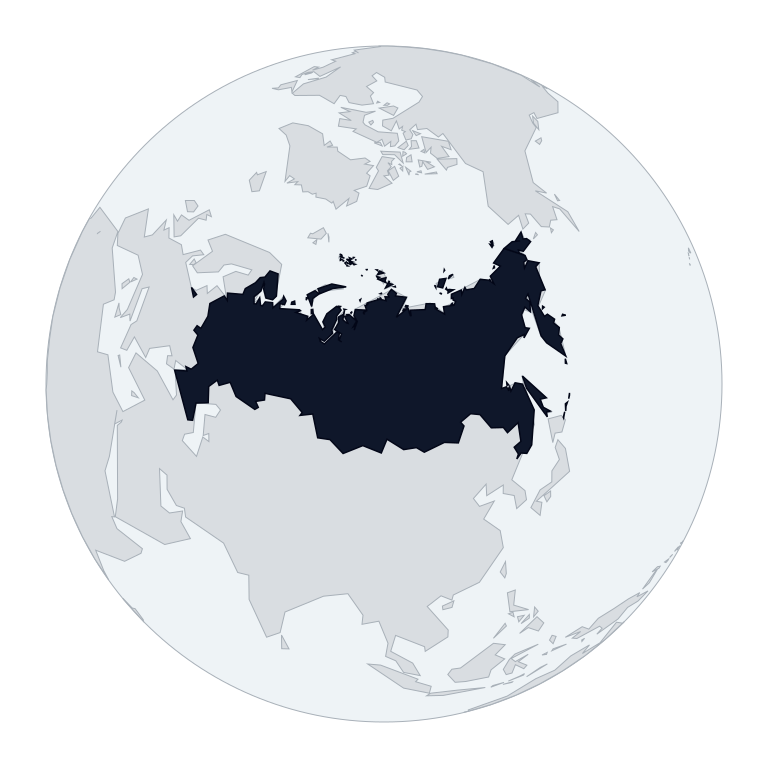 Russia on an orthographic globe
{"feature_id": "RUS", "entity_name": "Russia", "entity_type": "country or territory", "adm_level": 0, "iso_a3": "RUS", "parent_name": "Europe", "parent_adm1": "", "projection": "orthographic", "projection_center": [98.07, 61.527], "detail": "fine", "context": "on_globe", "style": "filled", "palette": "ink", "viewbox_px": 768, "rotation_deg": 0, "n_neighbors": 0, "source": "natural_earth", "source_scale": "50m", "svg_char_len": 17943}
<svg xmlns="http://www.w3.org/2000/svg" viewBox="0 0 768 768"><circle cx="384" cy="384" r="338" fill="#eef3f6" stroke="#a8b0b8"/><path d="M521.4,75.3L539.8,87.0L531.0,79.7L539.5,84.0L547.5,88.8L542.3,86.3L547.9,93.1L557.9,101.7L558.0,112.7L537.0,118.5L533.9,112.6L529.2,115.1L532.7,123.0L536.2,127.6L524.9,150.9L533.2,182.6L546.6,193.1L535.3,190.8L567.8,211.7L579.2,231.5L559.7,208.9L552.6,206.6L557.0,219.7L550.7,220.2L549.3,227.0L541.3,226.6L530.5,214.1L525.2,213.8L528.7,223.1L522.9,229.1L518.6,215.3L508.1,224.4L488.2,206.2L483.1,171.7L465.5,163.5L442.9,133.5L438.4,137.0L426.9,128.5L417.5,129.6L416.0,124.2L409.7,129.8L412.9,134.6L411.2,138.8L405.9,140.0L403.1,133.2L405.3,131.6L401.7,130.2L402.6,126.4L399.2,129.0L396.4,120.9L391.3,130.8L382.5,125.9L382.8,120.1L393.0,118.3L419.0,102.1L422.5,96.5L417.0,90.0L385.2,82.0L384.7,77.3L376.5,72.5L372.1,75.8L376.8,80.9L366.5,86.5L373.6,92.6L370.4,96.0L373.5,103.7L362.0,105.1L349.1,102.6L345.9,96.5L340.1,95.4L334.1,103.7L319.5,95.3L294.9,95.5L292.3,93.3L303.4,83.9L326.1,77.1L340.6,66.9L319.9,76.4L313.9,71.7L308.2,72.3L302.0,74.5L299.9,77.6L295.5,76.8L314.2,66.6L318.5,67.1L312.5,70.2L323.1,67.2L335.7,61.2L331.6,59.8L354.9,53.7L352.3,52.8L355.9,51.3L358.5,53.0L354.3,50.1L381.0,46.5L378.5,46.1L387.7,46.1L393.1,46.3L406.7,47.1L423.0,48.5L422.4,48.3L444.6,51.7L461.8,55.2L492.0,63.8L521.4,75.3ZM690.9,253.2L688.6,251.1L688.4,247.8L690.9,253.2ZM688.2,253.0L688.8,253.0L688.6,253.6L688.2,253.0ZM688.7,255.5L688.4,253.7L689.1,256.1L688.7,255.5ZM689.7,259.4L689.1,257.2L689.3,257.6L689.7,259.4ZM690.2,264.5L690.2,265.6L689.3,263.3L690.2,264.5ZM538.8,129.7L533.5,123.1L532.6,116.1L537.8,121.4L538.8,129.7ZM539.6,144.4L535.3,141.1L541.0,137.8L541.7,140.7L539.6,144.4ZM557.6,200.8L554.4,194.1L559.6,200.5L557.6,200.8ZM550.5,228.0L553.4,229.9L551.4,232.7L550.5,228.0ZM379.7,102.4L376.7,103.0L377.6,101.2L379.7,102.4ZM383.9,105.3L387.1,102.8L389.6,103.9L387.5,105.3L383.9,105.3ZM537.4,234.8L533.3,239.0L535.6,232.5L537.4,234.8ZM379.2,108.1L393.6,106.0L397.9,108.0L393.6,115.4L379.2,108.1ZM529.7,240.0L519.9,250.8L525.5,255.7L504.1,248.6L519.5,241.5L521.5,232.6L524.5,238.8L529.7,240.0ZM416.2,135.6L412.6,130.6L420.5,133.7L416.2,135.6ZM421.7,136.7L448.4,141.3L451.1,149.7L441.6,146.3L449.0,156.6L437.2,158.4L430.5,153.1L431.1,147.2L426.1,152.5L421.7,136.7ZM493.8,243.2L489.9,244.2L492.0,240.8L493.8,243.2ZM411.1,140.7L416.3,140.7L419.0,148.0L409.2,149.3L411.5,146.5L411.1,140.7ZM456.8,158.6L457.0,164.4L447.5,167.4L446.4,170.1L437.2,159.2L456.8,158.6ZM408.2,145.5L404.1,149.8L398.0,147.6L406.3,141.2L408.2,145.5ZM423.9,149.4L424.7,152.9L421.0,151.3L423.9,149.4ZM374.1,142.8L380.2,142.3L382.2,146.0L374.1,142.8ZM403.0,151.6L405.1,152.3L406.6,153.8L402.7,156.2L403.0,151.6ZM431.1,162.2L427.1,162.3L434.4,166.8L427.6,169.4L422.7,161.7L421.9,166.2L419.8,167.0L418.2,159.9L431.1,162.2ZM403.2,163.1L394.6,154.7L382.8,154.6L380.8,151.2L400.1,152.1L403.2,163.1ZM412.1,161.8L406.1,161.8L406.6,157.5L411.0,154.8L412.1,161.8ZM424.7,174.1L436.4,172.0L437.1,173.7L424.7,174.1ZM399.7,163.9L401.8,165.9L398.8,164.4L399.7,163.9ZM416.9,171.8L421.0,170.8L421.6,172.8L416.9,171.8ZM402.7,171.0L400.0,168.2L402.9,166.2L402.7,171.0ZM409.2,172.1L409.1,175.2L405.6,167.2L410.9,171.2L409.2,172.1ZM416.9,173.9L418.6,174.8L415.1,174.1L416.9,173.9ZM393.3,180.4L388.2,170.8L394.6,166.4L398.7,176.2L393.3,180.4ZM82.2,231.9L89.5,218.5L91.1,218.1L99.9,207.3L117.9,231.5L112.2,248.0L115.5,292.2L114.1,299.8L103.4,304.2L97.5,351.8L107.9,354.8L112.9,392.1L122.9,411.6L144.8,400.1L128.6,367.6L136.0,352.9L157.3,371.0L173.0,399.8L176.5,395.1L175.1,369.7L187.5,369.7L175.7,360.5L174.0,369.1L166.5,363.8L167.6,355.7L172.0,355.8L169.7,345.7L149.6,348.4L145.7,357.5L134.4,336.9L126.8,350.3L120.6,347.9L131.1,324.5L136.8,320.9L149.1,287.0L142.1,288.7L130.0,321.1L129.8,314.1L120.3,317.6L127.4,309.4L142.5,274.4L138.1,255.2L117.3,245.5L117.9,233.5L125.4,218.0L148.4,208.9L144.3,237.0L152.4,234.9L166.3,220.0L163.9,230.1L169.1,227.7L168.9,238.0L181.4,244.7L183.1,254.6L200.5,250.1L203.8,254.7L192.5,255.9L185.7,262.4L191.4,287.7L196.2,290.4L207.0,285.6L207.3,293.5L217.0,285.7L226.4,297.7L223.1,276.8L235.8,271.4L248.2,275.1L251.8,269.8L231.5,263.9L224.0,265.0L218.4,271.9L197.3,272.8L192.6,265.8L212.5,251.3L208.0,240.0L225.4,234.3L269.6,252.5L281.7,264.4L275.3,297.2L265.3,297.8L262.6,286.1L253.7,302.7L259.9,298.6L260.1,305.4L272.2,302.6L272.9,307.4L283.3,296.9L285.6,302.4L278.9,309.0L298.8,310.4L306.8,320.8L310.9,318.9L313.1,313.9L321.8,330.9L324.5,328.8L322.7,322.4L326.8,314.1L337.5,306.3L339.9,312.6L336.4,316.3L332.6,333.7L322.8,343.0L324.9,344.8L334.0,338.4L338.6,316.9L344.4,310.5L343.6,320.7L344.3,316.5L348.0,315.3L353.8,320.2L355.3,309.1L391.9,289.5L406.9,297.6L402.1,308.4L430.2,303.0L444.9,313.6L443.2,307.5L455.5,301.5L451.1,298.1L451.2,294.7L480.8,279.1L489.6,280.7L500.4,268.1L499.6,265.1L493.6,263.1L504.1,248.6L525.5,255.7L526.4,262.0L539.2,262.6L539.4,277.3L545.5,290.1L538.3,306.6L543.8,315.7L548.2,314.9L558.9,327.1L565.7,355.8L540.8,335.9L526.7,295.8L530.8,312.2L524.1,309.7L522.0,316.4L525.3,328.2L529.3,328.7L505.0,355.5L501.6,389.4L515.9,382.9L525.9,389.0L534.5,424.4L511.8,479.8L525.0,490.6L526.5,499.7L516.7,508.6L514.2,495.5L503.2,493.5L503.3,485.0L486.7,495.7L486.1,484.1L473.4,498.5L479.5,506.4L494.3,501.0L483.7,519.1L500.2,530.6L503.3,547.6L479.4,582.3L453.3,595.0L451.9,600.1L441.0,595.8L427.2,606.5L448.2,630.0L447.9,636.9L425.2,651.4L424.6,646.7L395.6,635.4L390.7,651.3L412.7,663.1L420.2,675.6L403.6,672.4L395.8,660.8L385.6,656.4L388.0,643.2L378.9,621.2L362.0,624.3L363.0,615.2L347.9,593.7L323.5,596.2L285.0,612.0L280.1,632.6L266.6,637.2L249.1,599.4L248.8,575.2L237.7,572.5L223.6,543.1L185.6,517.0L184.4,508.2L176.4,505.5L167.1,489.3L167.0,475.1L159.5,468.6L160.9,506.0L169.5,513.0L182.6,511.0L180.9,521.6L190.4,538.6L164.7,544.5L115.3,516.7L117.6,498.9L117.3,425.4L121.3,422.1L121.6,421.4L122.1,420.1L114.6,424.0L117.0,410.1L109.4,456.3L105.0,470.8L114.5,516.9L111.8,516.6L117.0,528.7L142.4,548.7L141.0,553.3L124.6,561.3L95.7,550.2L103.7,570.5L108.7,579.9L94.7,558.7L82.4,536.5L71.8,513.4L63.0,489.6L56.0,465.2L50.8,440.4L47.5,415.2L46.1,389.9L46.7,384.3L47.3,372.8L47.3,360.8L48.8,347.1L49.6,338.8L52.8,316.8L60.1,287.7L69.9,259.3L82.2,231.9ZM100.5,231.3L97.4,233.4L97.4,233.5L100.5,231.3ZM182.3,440.6L196.5,456.4L202.8,437.0L208.9,441.6L208.8,433.5L203.2,435.5L205.0,414.5L215.7,417.3L220.5,410.0L215.9,404.4L196.0,402.8L193.3,432.5L184.6,434.2L182.3,440.6ZM312.8,72.3L311.2,73.1L304.7,74.8L307.3,73.0L312.8,72.3ZM278.4,89.8L272.0,88.3L278.4,87.9L280.8,84.8L297.3,80.5L291.9,92.1L291.4,87.4L278.4,89.8ZM317.7,78.7L307.9,79.6L318.8,78.1L317.7,78.7ZM198.0,206.0L193.6,211.9L187.5,211.7L185.4,200.5L194.3,200.5L198.0,206.0ZM189.0,220.3L209.3,209.8L211.4,216.7L206.8,214.5L206.1,220.2L198.5,218.2L180.7,235.8L174.1,236.9L173.8,214.8L177.5,221.2L181.5,214.9L189.0,220.3ZM257.4,174.8L266.2,171.6L259.4,190.8L251.9,191.7L249.3,180.2L256.6,172.4L257.4,174.8ZM368.8,122.1L372.7,120.4L373.5,122.2L370.9,125.0L368.8,122.1ZM376.8,142.3L353.0,131.4L356.2,128.9L338.4,126.2L339.8,118.6L351.3,120.5L339.1,112.9L350.0,111.6L340.8,107.3L366.1,112.3L375.5,111.2L364.5,115.3L363.0,122.2L365.1,124.9L378.1,131.8L397.3,133.3L398.8,140.9L394.8,145.9L390.4,146.6L390.8,141.4L384.6,146.2L381.9,139.3L376.8,142.3ZM346.6,206.0L348.9,198.5L336.0,209.2L333.2,201.4L331.8,203.1L325.7,199.0L315.9,197.1L316.1,193.2L312.3,194.2L308.1,191.7L302.8,191.9L301.4,184.9L294.8,184.7L297.8,181.6L286.9,183.1L294.4,178.9L289.7,175.6L285.0,181.4L289.9,145.9L286.2,135.1L279.0,128.5L292.8,122.9L308.3,125.7L322.6,133.8L324.2,145.4L330.1,141.0L332.6,145.3L326.9,147.0L337.2,147.1L337.8,151.2L350.5,159.8L365.1,158.0L370.1,161.4L364.7,164.1L373.5,165.6L366.6,173.2L370.1,175.8L366.7,186.2L354.2,190.4L359.0,193.1L356.7,201.4L346.6,206.0ZM392.0,183.2L377.7,189.5L369.1,188.4L378.5,170.9L376.3,167.4L382.1,156.6L394.4,158.5L391.6,161.3L391.8,164.6L387.9,162.7L391.2,166.7L387.4,170.8L389.0,175.1L383.9,175.9L392.0,183.2ZM119.0,302.9L119.1,307.9L120.8,314.6L114.8,317.1L119.0,302.9ZM128.8,278.8L129.8,282.3L122.1,288.7L122.0,283.7L128.8,278.8ZM137.0,279.1L130.5,282.0L133.9,277.5L137.0,279.1ZM194.2,259.0L196.1,262.7L193.8,264.6L189.7,264.4L194.2,259.0ZM307.8,237.8L310.5,233.2L312.7,233.8L323.4,227.7L326.3,233.3L321.0,239.1L307.8,237.8ZM138.3,397.8L131.6,395.6L131.8,390.9L134.1,392.6L138.3,397.8ZM119.7,355.0L120.9,367.2L118.1,355.5L119.7,355.0ZM312.9,242.8L316.9,239.6L315.9,244.4L312.9,242.8ZM329.0,237.1L328.9,242.3L327.9,233.3L329.0,237.1ZM123.8,599.7L122.8,598.2L132.2,608.0L135.1,608.7L143.2,619.6L143.5,621.4L123.8,599.7ZM502.9,684.4L512.5,681.8L512.0,682.4L502.9,684.4ZM492.9,685.5L504.0,682.4L490.8,687.2L492.9,685.5ZM508.3,681.1L519.6,676.2L524.5,673.6L523.5,675.1L508.3,681.1ZM485.3,687.5L443.3,695.4L426.6,695.8L430.7,693.2L457.8,690.1L485.3,687.5ZM429.3,693.2L403.6,688.1L367.7,664.0L380.6,665.1L418.0,679.2L415.6,681.7L431.2,686.3L429.3,693.2ZM491.1,669.8L488.6,677.0L465.6,681.5L455.1,682.3L447.8,674.5L451.9,669.2L460.5,668.0L493.5,643.3L505.2,644.7L495.2,654.9L504.7,658.9L491.1,669.8ZM281.5,635.0L289.0,648.9L281.7,648.7L281.5,635.0ZM506.4,626.0L493.4,638.3L505.1,623.3L506.4,626.0ZM513.0,612.3L514.1,616.8L508.5,613.8L513.0,612.3ZM452.0,607.4L442.9,609.7L442.4,606.1L453.9,600.8L452.0,607.4ZM505.5,561.6L506.3,573.5L504.8,577.9L500.2,572.0L505.5,561.6ZM343.9,288.8L325.8,290.8L314.7,296.6L311.5,306.5L308.2,293.8L325.3,284.8L343.9,288.8ZM385.7,288.6L388.4,280.5L392.4,283.7L392.4,286.0L385.7,288.6ZM383.6,283.9L377.2,274.7L382.1,269.9L386.2,278.1L383.6,283.9ZM344.4,258.0L338.8,258.1L339.7,254.1L344.4,258.0ZM465.7,711.9L463.9,712.2L468.3,711.2L468.3,709.9L507.2,696.1L535.8,678.7L554.8,670.2L570.8,655.9L589.5,644.9L582.4,653.5L600.0,642.8L616.5,622.2L622.7,623.2L624.5,621.4L605.2,639.4L584.6,656.0L562.7,670.8L539.7,683.9L515.8,695.2L491.1,704.5L465.7,711.9ZM681.4,543.8L682.8,541.1L683.1,540.7L681.4,543.8ZM526.6,676.7L540.3,667.4L547.4,663.9L526.6,676.7ZM680.1,545.5L677.0,550.4L677.5,549.2L680.1,545.5ZM680.7,543.5L680.6,543.0L681.9,542.2L680.7,543.5ZM675.1,550.5L678.6,546.5L674.6,551.5L675.1,550.5ZM672.7,554.3L669.9,557.4L670.1,556.8L672.7,554.3ZM636.9,596.8L648.0,590.9L638.2,600.9L627.6,607.4L618.0,619.0L596.8,634.2L602.1,628.2L599.6,626.2L576.9,638.5L572.3,638.1L580.7,631.5L565.3,637.3L582.2,626.7L588.8,629.1L598.3,618.3L613.9,608.6L628.6,598.8L639.8,592.6L636.9,596.8ZM581.7,640.0L584.6,638.3L581.9,641.5L581.7,640.0ZM664.5,562.0L668.6,559.0L668.0,560.3L665.9,562.6L664.5,562.0ZM642.5,589.1L654.8,572.1L657.5,569.1L649.3,582.8L642.5,589.1ZM652.1,571.9L657.5,566.7L660.2,566.2L659.0,568.2L652.1,571.9ZM547.2,652.4L546.5,654.4L542.0,655.0L547.2,652.4ZM553.1,648.8L566.5,644.1L551.8,650.8L553.1,648.8ZM511.2,658.5L515.3,661.6L528.2,654.3L518.3,661.7L526.9,665.2L523.8,668.7L515.4,664.7L512.0,673.0L506.2,674.6L503.3,669.4L509.3,659.5L515.0,654.0L538.3,644.2L511.2,658.5ZM553.1,643.7L549.5,640.1L552.1,635.3L556.1,636.4L553.1,643.7ZM538.4,631.0L528.3,627.6L519.6,633.4L537.0,616.7L543.8,622.9L538.4,631.0ZM529.3,618.1L521.1,623.6L529.3,614.5L529.3,618.1ZM518.8,621.8L517.5,616.7L524.2,615.3L518.8,621.8ZM533.6,616.8L534.6,607.0L538.2,611.2L533.6,616.8ZM513.7,605.1L528.6,609.6L509.9,611.7L507.4,592.8L515.3,590.0L513.7,605.1ZM546.9,501.8L544.0,495.7L550.6,491.0L550.7,496.5L546.9,501.8ZM569.6,471.3L551.4,487.8L536.4,501.2L541.9,502.3L540.1,515.4L530.9,507.6L540.1,489.9L551.8,481.9L551.9,470.9L559.4,459.5L555.2,447.4L557.9,439.7L565.4,448.4L569.6,471.3ZM552.8,442.6L548.1,418.9L561.3,415.4L565.4,419.8L561.9,432.0L555.1,433.1L552.8,442.6ZM550.8,412.3L544.2,413.2L523.3,383.4L522.2,376.3L545.1,396.5L540.1,398.6L542.9,406.7L550.8,412.3ZM492.0,247.2L490.1,244.4L493.9,245.5L492.0,247.2ZM448.5,293.0L449.3,288.7L453.7,289.9L448.5,293.0ZM453.8,277.4L448.3,279.1L453.2,274.7L453.8,277.4ZM436.1,283.4L445.6,278.5L438.0,287.0L436.1,283.4Z" fill="#d9dde1" stroke="#a8b0b8" stroke-width="1"/><path d="M521.1,453.0L516.8,459.0L518.4,454.0L514.2,447.2L520.9,441.4L518.1,422.6L507.5,432.7L503.4,427.5L491.3,427.8L480.0,414.6L470.6,413.7L460.6,422.2L464.0,426.0L458.3,442.9L444.4,442.4L424.3,452.2L416.4,447.6L403.7,449.6L387.0,439.2L381.3,453.0L362.8,445.6L343.1,453.5L330.0,439.6L317.7,437.8L312.8,414.0L300.0,415.4L302.2,412.5L290.7,398.8L265.0,393.3L264.5,400.0L255.6,401.4L258.3,407.4L254.8,409.4L236.1,396.5L230.2,382.3L219.1,385.4L217.3,380.1L208.7,386.5L208.2,402.7L196.0,403.1L192.6,420.3L187.8,419.8L174.6,370.1L187.0,371.0L185.9,366.6L191.2,369.2L198.2,363.5L192.9,347.5L197.9,335.1L193.9,330.2L197.1,325.7L200.9,328.4L207.9,316.3L209.9,303.5L224.2,295.9L227.3,300.5L227.5,293.1L242.9,294.4L245.3,288.6L255.5,282.7L260.2,277.6L264.9,277.1L270.0,270.9L278.1,273.9L276.4,296.1L272.6,299.8L266.0,298.1L263.6,288.8L264.6,284.2L264.0,282.1L260.9,291.1L254.1,296.8L254.0,303.7L256.1,304.0L259.7,297.9L260.6,305.5L262.4,306.0L265.3,301.9L272.6,302.7L272.9,307.9L282.9,299.3L283.7,296.3L286.1,300.9L284.5,304.7L280.1,303.6L279.7,308.6L299.5,309.8L300.5,310.7L295.8,312.4L307.8,316.3L306.7,320.2L313.7,314.3L322.5,329.6L325.3,327.0L322.9,321.8L326.9,313.8L336.5,306.4L339.6,308.1L341.1,310.1L336.6,316.0L336.8,319.3L331.8,329.9L332.6,333.3L324.3,341.2L319.3,338.3L320.3,341.3L324.3,344.0L336.5,332.4L339.4,332.7L338.4,339.8L341.7,342.0L339.2,340.2L341.6,333.9L334.6,329.5L338.8,322.5L338.6,317.0L343.4,314.4L344.5,310.7L342.8,319.7L346.7,323.1L348.0,323.4L344.6,316.4L349.7,315.1L356.6,321.0L353.2,326.9L355.3,325.7L354.2,330.2L357.3,321.4L353.9,315.7L355.3,309.6L365.8,310.1L363.5,312.3L363.4,313.0L364.6,314.5L363.7,312.6L366.8,310.7L365.0,305.5L366.7,305.4L367.9,303.9L367.4,302.9L378.4,299.6L377.2,298.7L386.1,300.7L385.0,296.8L388.9,296.9L387.8,294.3L391.4,289.4L396.4,293.4L395.4,295.9L406.4,297.3L396.3,317.4L405.0,310.5L403.0,310.5L403.6,309.1L408.2,308.7L409.9,314.8L410.5,315.7L411.1,315.6L410.3,310.2L425.2,309.6L426.1,303.7L434.6,303.8L435.2,307.3L437.8,308.8L434.5,308.4L444.6,314.1L443.5,306.7L454.0,305.3L455.7,301.4L453.1,300.0L453.3,298.0L451.4,298.5L451.5,294.2L461.3,290.1L461.8,294.5L464.9,287.4L466.2,289.9L474.2,288.5L480.2,279.3L488.8,280.2L494.0,283.8L490.3,276.2L500.4,266.1L493.6,263.0L504.0,248.6L525.0,255.5L526.9,259.6L523.7,262.2L524.5,268.1L528.0,260.7L539.1,262.8L535.7,266.8L545.1,289.8L541.0,290.8L537.8,305.6L544.5,316.4L547.4,314.2L554.6,319.2L553.5,322.9L559.3,327.5L558.6,334.9L562.9,338.9L560.7,343.5L565.8,356.1L546.6,342.8L541.2,336.0L528.0,294.0L525.5,298.3L529.8,302.1L530.4,311.7L524.9,307.1L521.5,314.7L525.1,327.7L529.3,328.3L524.0,337.9L524.2,334.5L517.3,337.8L504.8,356.0L501.5,388.6L506.4,386.8L508.9,390.9L508.6,388.3L509.7,386.8L510.9,391.2L515.1,382.8L522.5,384.1L534.2,409.9L531.7,444.9L526.8,453.4L521.1,453.0ZM504.3,248.3L512.1,241.7L520.1,241.0L515.4,240.9L521.0,232.1L523.1,239.0L526.6,238.6L530.6,241.6L523.3,251.3L518.4,250.0L519.2,252.8L525.0,255.5L504.3,248.3ZM346.2,286.9L332.8,288.5L319.8,293.7L318.0,288.7L331.8,284.0L346.2,286.9ZM522.4,376.0L546.4,397.8L540.2,399.2L543.3,407.3L550.4,411.1L546.5,412.0L547.3,416.9L526.6,388.2L522.4,376.0ZM315.1,290.7L319.1,293.9L312.8,298.5L311.7,306.5L307.2,294.8L315.1,290.7ZM437.7,286.7L439.6,279.3L446.0,278.4L442.7,287.9L437.7,286.7ZM378.6,279.5L386.0,277.7L385.1,280.9L386.1,282.7L378.6,279.5ZM379.7,271.0L383.8,273.0L377.5,274.6L379.7,271.0ZM389.3,280.9L389.0,283.3L392.5,284.4L385.5,287.9L389.3,280.9ZM448.2,278.9L449.5,275.8L452.9,274.3L448.2,278.9ZM191.5,287.4L196.6,294.5L193.5,297.0L191.5,287.4ZM342.0,257.2L344.4,258.2L339.5,256.4L342.0,257.2ZM448.1,289.6L453.4,289.8L448.0,292.9L448.1,289.6ZM493.0,245.3L490.4,241.7L492.3,240.8L493.0,245.3ZM295.0,304.3L291.3,304.3L291.7,302.2L294.6,301.1L295.0,304.3ZM346.5,259.1L348.9,259.6L349.0,261.2L346.5,259.1ZM352.4,263.3L350.1,264.6L349.3,263.0L350.6,262.1L352.4,263.3ZM354.0,264.8L352.7,263.5L355.3,264.3L354.0,264.8ZM313.2,313.4L311.3,313.7L311.3,309.6L312.8,309.4L313.2,313.4ZM379.6,277.3L377.8,278.4L376.8,276.6L379.6,277.3ZM349.4,257.8L351.9,258.9L350.1,259.6L349.4,257.8ZM493.0,245.3L492.0,247.3L490.0,244.4L493.0,245.3ZM341.6,254.8L342.3,256.5L339.9,254.1L341.6,254.8ZM340.4,306.8L337.6,306.1L340.6,306.5L340.4,306.8ZM408.0,305.9L407.5,307.8L405.2,306.8L405.8,305.5L408.0,305.9ZM494.3,265.5L494.5,267.8L493.3,268.3L494.3,265.5ZM347.7,263.6L347.2,262.2L348.5,264.0L347.7,263.6ZM350.5,260.0L350.0,261.7L349.5,260.0L350.5,260.0ZM567.4,402.2L566.0,406.3L565.7,411.0L565.4,403.8L567.4,402.2ZM346.0,262.2L345.7,263.9L344.9,263.0L346.0,262.2ZM349.7,314.5L347.3,315.0L346.9,314.6L349.7,314.5ZM544.2,307.2L542.5,308.8L542.6,306.2L544.2,307.2ZM446.4,288.0L447.0,290.0L445.7,289.1L446.4,288.0ZM506.7,382.5L508.7,384.9L507.0,385.2L506.7,382.5ZM565.3,358.7L566.7,363.5L565.4,363.2L565.3,358.7ZM344.2,261.2L342.9,260.8L343.0,260.2L344.2,261.2ZM352.2,311.6L351.1,313.3L350.8,312.7L352.2,311.6ZM435.8,286.1L435.8,287.6L434.5,285.3L435.8,286.1ZM563.3,417.3L564.7,411.7L563.6,418.0L563.3,417.3ZM377.7,269.9L377.7,270.7L376.6,269.9L377.7,269.9ZM307.4,297.9L306.2,300.2L306.4,297.7L307.4,297.9ZM352.7,262.0L351.8,262.2L351.4,261.6L352.7,262.0ZM367.9,269.5L366.5,269.8L366.4,269.6L367.9,269.5ZM562.6,314.3L565.8,315.2L562.0,315.8L562.6,314.3ZM490.4,280.3L489.9,280.6L489.2,279.2L490.4,280.3ZM569.5,395.1L568.7,398.7L569.5,392.9L569.5,395.1ZM353.7,257.8L352.6,257.3L354.0,257.5L353.7,257.8ZM341.4,260.1L340.3,260.4L340.3,259.9L341.4,260.1ZM356.4,260.2L355.6,260.0L355.3,259.4L356.4,260.2ZM347.7,265.9L347.0,265.9L346.9,265.4L347.7,265.9ZM380.2,297.8L381.5,298.8L380.1,298.2L380.2,297.8ZM361.2,275.0L362.3,275.9L362.5,276.3L361.2,275.0ZM382.0,292.9L381.1,293.9L380.3,293.7L382.0,292.9ZM345.4,309.5L344.2,310.0L343.9,309.2L345.4,309.5ZM321.3,339.8L320.2,340.7L320.1,339.1L321.3,339.8ZM441.0,293.3L441.8,294.2L439.6,293.1L441.0,293.3ZM360.6,299.4L360.1,300.9L359.7,300.0L360.6,299.4ZM452.2,303.3L452.7,304.2L451.4,304.3L452.2,303.3ZM366.0,304.2L367.2,303.9L367.3,304.2L366.0,304.2ZM395.3,286.3L395.4,287.0L394.1,286.7L395.3,286.3ZM341.3,259.4L340.6,259.6L340.7,258.9L341.3,259.4ZM444.7,270.3L444.1,271.0L444.3,269.6L444.7,270.3Z" fill="#0f172a" stroke="#020617" stroke-width="1.5"/></svg>